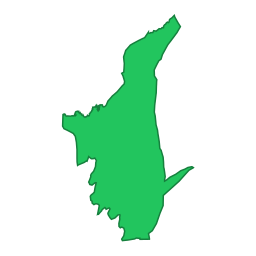 the district of Kolahun, Lofa, Liberia
{"feature_id": "62588387B25205457381815", "entity_name": "Kolahun", "entity_type": "district", "adm_level": 2, "iso_a3": "LBR", "parent_name": "Liberia", "parent_adm1": "Lofa", "projection": "equal_earth", "projection_center": [-10.197, 8.109], "detail": "fine", "context": "isolated", "style": "filled", "palette": "green", "viewbox_px": 256, "rotation_deg": 0, "n_neighbors": 0, "source": "geoboundaries", "source_scale": "gbopen_adm2", "svg_char_len": 4368}
<svg xmlns="http://www.w3.org/2000/svg" viewBox="0 0 256 256"><path d="M149.4,239.2L149.4,238.5L149.1,236.7L148.5,233.5L152.3,230.7L156.4,223.6L159.9,213.4L163.1,205.6L163.3,195.4L179.1,181.2L185.1,174.5L189.0,170.2L193.1,167.9L193.4,167.6L191.9,166.7L187.9,167.5L185.0,169.1L180.8,170.7L175.7,174.3L169.8,177.3L166.7,179.9L164.6,181.1L164.6,179.9L164.7,179.1L165.2,176.7L164.7,172.9L164.1,168.8L163.7,167.2L163.5,161.8L163.1,157.1L162.3,154.5L161.1,150.3L159.8,148.4L159.2,141.6L158.1,134.7L158.0,134.4L157.5,130.1L156.1,125.0L156.0,124.4L155.2,116.1L154.3,112.1L154.7,105.3L154.9,103.4L155.1,101.9L156.1,93.6L156.2,93.0L156.4,86.0L156.5,84.4L156.5,84.2L156.6,81.5L156.8,79.7L154.4,75.9L154.4,75.2L154.2,70.0L156.2,65.8L157.7,62.8L157.9,62.6L158.5,61.3L158.8,60.8L161.0,59.2L162.4,54.6L166.6,46.9L167.4,45.5L167.9,44.6L169.6,42.4L171.0,40.6L172.4,38.7L173.1,37.8L175.9,34.0L176.9,32.7L178.3,30.2L179.5,28.2L180.4,26.6L178.0,22.8L174.8,17.1L174.3,15.4L173.4,16.3L172.0,17.8L170.3,18.9L169.6,19.5L169.0,22.0L168.4,22.6L167.4,22.1L166.2,23.1L165.7,24.1L164.6,24.8L164.2,25.3L163.6,26.2L163.5,27.7L162.0,27.7L161.3,28.6L160.2,28.8L159.1,28.7L158.0,29.7L157.8,29.8L156.2,31.1L153.7,30.7L152.8,32.6L150.7,32.6L149.8,33.3L148.4,33.0L148.4,32.2L146.9,34.4L144.7,37.6L143.5,38.2L143.2,38.3L138.9,40.4L138.5,40.6L135.5,42.2L132.9,43.6L130.5,45.0L130.3,45.1L130.0,45.5L128.6,47.1L125.8,50.3L125.7,50.4L125.3,51.7L124.8,53.4L123.8,56.2L123.7,56.6L123.6,57.0L124.0,60.9L124.3,63.3L124.3,63.7L124.1,67.2L124.0,69.1L123.9,69.8L123.8,72.1L121.7,73.3L122.3,74.5L123.1,76.1L123.2,76.6L124.6,81.3L124.2,83.9L123.1,85.0L121.9,86.2L121.6,86.6L119.6,89.0L117.8,91.1L117.1,91.9L113.8,94.8L112.4,95.9L111.0,97.6L108.7,100.2L108.1,100.8L107.5,102.1L106.9,103.6L106.5,104.5L106.0,105.5L105.8,105.7L105.0,106.4L104.0,106.8L103.4,106.9L103.2,106.8L103.0,106.7L102.5,106.1L102.6,105.3L102.2,104.8L101.7,104.8L100.6,105.1L100.2,104.8L99.4,105.3L99.0,105.5L98.3,105.9L97.9,106.8L98.3,107.6L98.6,107.7L99.5,107.1L99.4,107.7L99.0,107.9L98.4,108.0L98.1,108.6L98.5,108.7L99.1,108.6L99.3,108.9L99.2,109.6L98.8,109.4L98.3,110.2L98.2,110.7L98.1,110.9L97.9,110.7L97.7,110.1L97.2,109.3L97.5,109.0L97.7,108.5L97.4,107.8L97.5,107.3L97.2,106.9L97.3,106.3L97.0,106.2L96.7,105.3L96.3,106.0L96.0,106.7L95.8,106.1L95.6,106.5L95.1,106.6L94.9,107.0L94.1,107.2L93.3,107.1L93.1,107.1L92.7,107.2L92.8,108.0L92.6,108.6L92.7,109.0L92.3,109.1L92.5,109.6L92.2,109.7L92.1,110.3L91.7,110.7L91.6,111.5L91.1,112.0L90.4,112.3L90.1,113.3L89.9,113.4L89.4,113.8L89.5,114.6L89.3,115.4L88.8,116.0L88.3,115.8L87.5,115.3L87.3,115.9L87.0,116.2L86.6,116.7L85.9,116.7L85.4,117.1L84.7,117.1L83.9,116.6L83.4,115.7L83.4,115.8L82.1,115.3L81.0,113.6L80.0,113.5L80.1,112.5L78.9,112.6L78.7,111.3L78.1,111.5L77.9,111.6L77.6,111.2L76.0,111.6L75.3,112.4L75.5,113.1L74.6,114.2L74.8,114.9L75.9,115.1L75.1,115.9L74.0,115.6L73.0,116.1L72.3,115.7L70.6,116.2L69.6,116.1L68.5,116.1L67.9,115.9L66.7,116.2L66.0,116.0L65.7,115.3L65.0,114.3L63.8,114.9L63.8,114.1L63.0,114.5L62.6,126.1L64.0,128.7L67.2,130.2L70.7,132.0L73.4,133.5L74.4,135.1L74.5,135.2L75.3,136.3L76.4,142.2L77.0,149.7L77.0,157.9L77.1,162.0L77.6,165.4L78.5,164.8L84.4,162.3L85.4,161.6L85.9,161.3L86.5,160.9L87.0,161.2L88.3,157.8L88.7,156.6L88.9,156.8L91.3,158.7L92.3,158.7L93.1,158.7L94.8,158.1L96.2,160.3L96.4,160.6L95.8,162.6L95.5,166.6L93.7,171.2L91.4,173.8L90.7,175.3L90.8,176.8L89.6,180.0L88.7,182.1L89.1,182.8L89.8,184.5L92.0,185.1L95.2,182.7L96.2,182.8L95.3,186.4L94.9,188.5L94.3,192.2L92.6,193.9L92.5,194.0L91.5,194.6L90.7,195.6L90.3,196.3L90.8,200.3L91.2,200.6L92.1,201.3L92.1,202.4L92.1,203.0L92.6,203.5L93.6,204.3L93.9,204.6L95.8,203.7L97.9,204.1L98.7,204.8L99.3,205.3L99.3,205.5L97.7,213.7L97.8,213.6L97.7,214.4L98.5,214.3L99.2,213.4L101.7,210.7L101.9,210.1L102.3,209.4L103.1,208.9L104.9,207.5L105.6,208.2L105.7,208.4L106.1,209.3L108.3,208.2L109.4,208.0L109.9,208.9L110.0,209.0L108.7,211.5L107.9,213.2L108.2,214.6L108.5,215.2L110.1,217.8L111.4,219.3L113.5,218.5L115.0,217.9L118.1,214.9L119.8,214.7L119.9,215.4L120.0,215.8L119.6,216.9L119.8,219.2L118.9,223.4L119.0,226.4L120.3,227.8L120.8,227.5L121.8,227.1L123.8,228.1L124.7,231.2L124.4,232.8L123.8,235.8L121.7,239.1L121.8,239.4L122.2,240.2L122.4,240.6L128.0,240.0L134.7,238.9L136.4,238.0L136.9,238.1L139.6,238.4L139.8,238.3L139.9,238.9L140.0,239.3L141.3,239.3L149.4,239.2Z" fill="#22c55e" stroke="#15803d" stroke-width="1.5"/></svg>